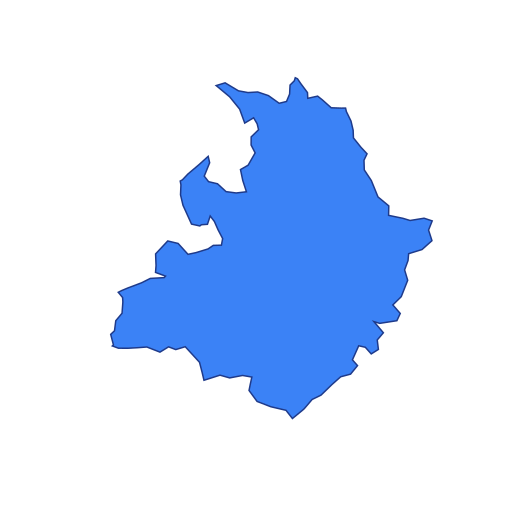 Simou, Paphos, Cyprus (Natural Earth projection), rotated 317°
{"feature_id": "46923920B76634226633631", "entity_name": "Simou", "entity_type": "district", "adm_level": 2, "iso_a3": "CYP", "parent_name": "Cyprus", "parent_adm1": "Paphos", "projection": "natural_earth1", "projection_center": [32.5, 34.948], "detail": "fine", "context": "isolated", "style": "filled", "palette": "blue", "viewbox_px": 512, "rotation_deg": 317, "n_neighbors": 0, "source": "geoboundaries", "source_scale": "gbopen_adm2", "svg_char_len": 1942}
<svg xmlns="http://www.w3.org/2000/svg" viewBox="0 0 512 512"><g transform="rotate(317 256 256)"><path d="M251.7,149.5L249.6,152.8L242.5,159.8L237.2,169.1L230.6,188.7L235.4,195.7L237.4,195.9L242.1,199.7L249.8,195.5L249.1,202.4L246.1,211.0L243.5,220.5L238.1,224.5L232.0,219.1L225.7,218.1L214.4,212.6L207.4,208.4L207.6,193.7L201.7,184.8L184.0,186.0L176.3,194.9L171.3,199.5L176.1,209.0L174.1,209.2L163.4,200.3L153.9,197.5L140.8,192.1L134.3,189.7L130.5,188.6L130.1,195.4L127.3,198.8L119.0,206.5L109.3,207.7L101.5,214.2L96.3,214.2L91.1,223.8L89.6,223.8L92.5,229.6L99.4,236.1L107.2,242.6L114.1,248.1L120.2,260.8L130.1,262.8L133.5,269.7L142.4,274.1L142.2,295.2L137.2,304.4L133.2,311.4L148.4,318.6L153.6,327.2L164.7,334.2L170.4,341.7L164.2,346.0L159.2,349.6L157.6,363.1L164.0,376.3L172.7,389.3L171.8,399.7L186.4,400.6L187.9,400.5L199.2,399.2L208.7,402.1L223.8,401.8L235.6,402.1L244.6,406.9L255.5,405.4L255.7,397.7L269.9,391.7L273.7,397.3L273.5,406.2L281.8,407.8L287.4,400.1L296.8,399.0L297.5,384.4L300.5,389.6L314.9,399.4L322.3,396.4L322.7,385.1L334.5,384.8L350.4,377.2L355.2,367.5L364.1,363.0L369.2,358.4L381.8,364.5L395.1,364.8L395.2,364.7L399.9,354.7L408.8,350.5L404.7,343.0L392.9,335.1L389.2,328.7L380.7,316.7L387.3,309.9L385.5,296.0L391.8,279.5L393.9,266.9L400.3,259.6L406.9,257.0L406.9,248.1L407.8,236.1L412.8,230.3L417.5,222.1L420.6,212.0L422.4,208.9L419.2,206.0L412.1,198.9L411.0,187.0L410.1,181.1L401.4,176.0L405.1,171.6L406.3,160.6L407.2,154.7L406.3,152.4L403.5,154.0L397.5,154.2L391.0,160.5L383.7,163.8L377.1,160.1L374.5,147.2L369.1,137.2L361.6,131.0L355.8,123.2L351.5,108.3L343.1,104.2L345.3,121.6L344.2,137.4L338.4,151.1L348.5,153.3L347.0,160.1L344.0,165.4L333.7,165.6L328.1,171.5L325.7,180.0L312.2,184.2L303.6,182.2L297.8,191.8L292.8,202.5L284.5,196.4L278.0,188.5L277.1,176.9L272.0,169.3L272.6,162.3L285.7,156.2L289.0,150.5L276.3,150.3L262.1,149.6L254.1,150.1L251.7,149.5Z" fill="#3b82f6" stroke="#1e3a8a" stroke-width="1.5"/></g></svg>